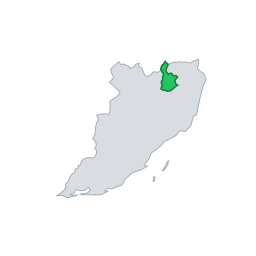 where Intibucá sits in Honduras, rotated 142°
{"feature_id": "HND-648", "entity_name": "Intibucá", "entity_type": "Department", "adm_level": 1, "iso_a3": "HND", "parent_name": "Honduras", "parent_adm1": "", "projection": "orthographic", "projection_center": [-88.241, 14.258], "detail": "fine", "context": "in_parent", "style": "filled", "palette": "green", "viewbox_px": 256, "rotation_deg": 142, "n_neighbors": 0, "source": "natural_earth", "source_scale": "10m", "svg_char_len": 4321}
<svg xmlns="http://www.w3.org/2000/svg" viewBox="0 0 256 256"><g transform="rotate(142 128 128)"><path d="M225.8,118.4L217.7,118.1L213.9,119.2L212.2,121.5L210.8,122.5L209.6,122.3L207.2,123.3L203.6,125.3L200.3,126.2L197.3,125.7L196.5,126.2L196.3,126.9L195.8,127.6L194.7,127.9L193.4,127.8L191.9,127.1L191.1,127.4L191.1,128.7L190.3,129.1L188.8,128.5L187.1,129.0L185.2,130.6L182.6,131.0L179.1,130.1L176.5,128.5L174.6,126.0L172.3,125.4L168.4,127.3L166.8,129.5L166.5,130.8L166.9,132.0L166.1,132.9L164.3,133.3L163.0,134.8L162.0,137.4L161.9,139.3L162.5,140.7L161.6,141.8L159.2,142.5L156.4,144.7L153.2,148.5L149.9,151.2L146.7,152.7L145.2,154.4L145.3,156.2L145.1,156.8L144.5,157.0L143.5,157.2L137.2,153.4L135.4,150.6L133.8,151.0L131.9,152.5L129.1,155.6L126.2,159.8L124.8,160.3L117.4,159.7L113.5,160.1L112.7,160.7L112.3,162.3L112.6,164.3L113.7,171.8L114.3,174.8L113.7,175.8L111.7,175.9L109.1,176.4L107.7,177.8L107.4,179.2L107.3,181.3L106.5,183.3L104.9,184.9L103.3,185.4L94.4,185.8L94.6,182.4L92.0,181.0L90.6,178.1L89.3,176.2L89.7,175.0L89.6,173.7L86.0,172.6L82.6,173.4L80.7,172.9L79.2,172.2L81.7,170.5L81.9,169.4L81.1,168.7L80.3,168.2L80.5,166.3L81.0,164.0L82.4,158.7L81.8,157.7L79.6,156.2L76.8,156.0L73.6,156.5L72.1,155.7L70.8,153.9L68.5,153.0L64.6,154.4L60.4,156.6L59.1,157.4L58.0,157.3L57.6,155.7L57.4,153.7L57.1,153.3L54.9,152.6L52.2,152.1L50.9,151.5L49.7,150.2L46.5,148.5L45.8,147.2L41.7,144.3L40.8,142.8L39.9,141.8L37.9,140.4L36.3,140.8L31.0,139.1L30.2,138.9L31.0,137.5L32.7,135.2L36.3,132.7L36.6,130.7L35.7,126.8L34.7,124.2L35.3,123.1L36.4,118.6L37.3,117.5L42.5,115.2L43.0,114.9L47.2,111.7L51.7,108.2L56.5,104.2L61.8,99.8L64.7,97.3L66.1,96.1L69.1,97.1L71.6,95.0L72.9,94.3L76.2,91.8L77.2,91.2L82.6,90.2L85.2,90.2L87.6,92.7L89.4,94.1L92.8,92.9L95.7,92.6L107.6,94.9L112.3,93.9L121.0,93.6L124.9,94.1L130.3,90.8L133.9,90.1L138.0,88.5L137.4,86.9L136.4,86.2L142.8,86.8L152.2,90.1L162.2,89.3L165.8,87.5L168.2,86.9L178.5,90.2L181.2,92.9L183.3,93.1L185.0,92.4L185.4,91.9L183.4,91.3L182.4,90.5L190.6,92.0L206.0,104.3L206.4,105.4L199.8,101.7L196.4,102.1L195.5,102.7L195.7,104.7L196.0,105.7L197.5,105.8L198.6,105.2L201.3,105.8L203.1,107.1L205.3,109.2L206.7,111.4L208.1,111.4L209.4,110.0L212.0,109.8L213.7,111.3L214.9,111.2L213.2,108.9L209.2,106.6L210.1,106.5L218.9,110.5L221.5,115.7L223.6,116.9L225.8,118.4ZM122.7,74.7L117.7,77.3L116.1,77.3L118.4,75.3L122.1,73.6L125.3,72.7L127.8,73.1L122.7,74.7ZM139.9,71.9L137.5,73.8L137.1,72.9L138.2,71.2L139.6,70.2L141.0,70.3L140.7,71.0L139.9,71.9Z" fill="#d9dde1" stroke="#a8b0b8" stroke-width="1"/><path d="M57.6,153.6L58.0,153.1L58.1,152.8L58.6,152.4L59.7,152.0L61.4,150.9L62.1,150.3L62.4,150.2L62.6,150.1L62.8,149.9L62.8,149.7L62.8,149.3L63.0,149.1L63.2,148.6L63.0,147.2L62.9,146.5L62.9,146.3L62.9,146.0L63.0,145.9L62.9,145.5L62.4,145.2L61.7,145.1L61.3,145.1L61.2,145.1L60.9,145.0L60.7,144.9L60.3,144.7L60.1,144.6L59.9,144.3L59.9,144.1L60.2,143.4L60.3,142.8L60.0,141.2L59.8,140.9L59.6,140.8L59.0,140.7L58.3,140.1L57.7,139.3L57.5,137.9L57.6,137.7L58.1,137.3L58.9,137.1L60.3,137.1L61.0,137.0L61.9,136.5L62.2,136.0L62.3,135.6L62.5,135.0L63.1,133.9L62.8,131.8L62.5,131.2L64.9,131.4L66.8,131.2L68.2,131.1L69.2,131.3L70.1,131.4L70.4,131.2L70.9,130.9L71.4,131.5L71.5,131.5L71.8,131.6L72.1,131.7L73.2,132.0L73.7,132.4L74.3,132.6L74.6,133.0L74.8,133.4L74.9,133.6L74.9,133.9L75.0,134.1L75.2,134.5L75.4,134.7L76.2,135.1L76.4,135.3L76.5,135.4L76.5,135.7L76.5,136.0L76.9,136.4L77.9,137.7L78.1,138.1L78.1,138.3L78.0,138.6L76.6,139.6L76.2,139.8L75.8,140.0L75.4,140.0L75.2,139.9L74.8,139.9L74.7,140.0L74.7,140.5L74.8,141.5L74.3,142.4L74.1,142.7L73.8,142.9L73.4,143.0L73.2,143.2L73.1,143.6L73.2,143.8L72.9,144.3L71.6,144.3L70.5,145.3L70.0,145.8L69.7,146.5L69.4,146.8L68.4,147.4L68.1,147.7L66.4,149.6L66.2,149.8L66.0,150.0L66.2,150.3L66.4,150.5L66.7,151.2L66.4,152.8L65.9,152.8L65.6,152.9L65.6,153.0L65.6,153.7L65.7,153.8L65.9,154.1L66.0,154.1L65.8,154.6L65.6,154.6L65.4,154.6L65.0,154.8L64.8,155.0L64.6,155.2L64.5,155.4L64.3,155.6L63.9,155.8L63.6,155.8L63.2,155.9L63.0,156.3L62.8,156.2L62.5,156.2L62.3,156.1L62.1,156.1L62.0,156.3L62.0,156.5L61.9,156.7L61.7,156.7L61.2,156.5L60.9,156.5L59.6,156.8L59.0,157.0L58.4,157.4L57.6,157.4L57.9,157.0L57.8,156.4L57.5,155.6L57.4,155.3L57.5,154.8L57.6,154.4L57.6,154.0L57.5,153.7L57.4,153.6L57.5,153.6L57.6,153.6Z" fill="#22c55e" stroke="#15803d" stroke-width="1.5"/></g></svg>